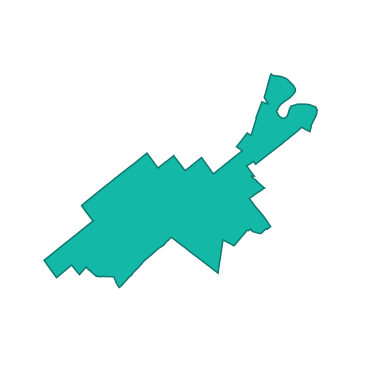 Marsani, Dolj, Romania (Natural Earth projection), rotated 124°
{"feature_id": "2599482B14881654766127", "entity_name": "Marsani", "entity_type": "district", "adm_level": 2, "iso_a3": "ROU", "parent_name": "Romania", "parent_adm1": "Dolj", "projection": "natural_earth1", "projection_center": [23.99, 44.03], "detail": "fine", "context": "isolated", "style": "filled", "palette": "teal", "viewbox_px": 384, "rotation_deg": 124, "n_neighbors": 0, "source": "geoboundaries", "source_scale": "gbopen_adm2", "svg_char_len": 5961}
<svg xmlns="http://www.w3.org/2000/svg" viewBox="0 0 384 384"><g transform="rotate(124 192 192)"><path d="M331.3,276.5L331.4,276.2L334.8,267.3L335.5,265.4L337.9,258.9L338.8,256.4L334.4,255.1L319.9,251.0L319.9,250.8L320.8,248.0L321.4,246.2L321.8,244.7L322.5,242.6L323.4,239.1L313.5,237.8L313.6,237.7L313.6,237.3L313.6,237.1L314.0,235.5L314.3,234.0L314.4,233.7L314.3,233.4L314.2,232.5L313.8,232.4L314.0,232.1L314.2,231.7L314.3,231.5L314.5,231.3L314.5,231.1L314.7,230.1L314.8,229.4L314.9,228.2L315.1,226.9L315.2,225.8L315.3,225.0L315.3,224.8L315.3,224.5L315.2,224.0L314.7,223.3L314.6,223.0L314.7,222.8L314.6,222.5L314.5,222.2L314.3,221.9L311.3,217.8L309.9,215.5L309.6,215.0L309.2,214.5L308.3,213.1L307.6,212.0L307.1,211.3L306.8,210.5L306.3,209.6L306.2,209.2L306.2,208.8L306.3,208.7L307.2,207.5L308.3,205.9L309.6,204.0L310.0,203.4L310.9,201.5L311.4,200.3L311.9,199.1L311.9,198.9L311.2,198.7L310.7,198.5L309.3,198.2L309.0,198.2L308.4,198.0L308.2,198.0L307.9,197.9L306.8,197.8L306.4,197.7L304.4,197.5L301.5,197.0L299.0,196.7L298.3,196.6L297.7,196.6L297.3,196.5L296.3,196.1L295.5,195.8L295.0,195.7L294.5,195.6L293.9,195.6L293.2,195.7L292.1,195.7L290.5,195.4L286.5,194.6L283.9,194.0L283.2,194.0L282.4,194.0L280.5,193.6L279.5,193.5L278.5,193.5L275.9,193.1L275.1,193.0L274.7,192.9L274.2,192.7L273.7,192.7L273.2,192.4L270.0,191.5L268.9,191.2L268.1,190.9L267.4,190.7L267.0,190.5L266.6,190.4L266.2,190.4L265.6,190.3L265.1,190.2L264.3,190.0L263.5,189.7L262.3,189.5L261.6,189.3L261.2,189.2L260.7,189.0L260.3,188.9L259.6,188.8L258.8,188.5L257.6,188.2L257.1,188.1L256.7,187.9L256.2,187.6L255.7,187.4L255.3,187.2L255.0,187.0L254.6,186.9L254.1,186.8L252.4,186.0L251.7,185.7L251.1,185.6L250.8,185.5L249.5,185.6L248.9,185.5L248.5,185.5L248.2,185.5L247.8,185.4L247.1,185.2L246.3,185.0L245.6,184.7L244.7,184.5L244.1,184.4L243.4,184.4L242.5,184.2L241.6,183.9L241.1,183.8L241.1,183.6L241.0,183.2L241.1,182.8L241.1,182.2L241.2,181.7L241.3,181.1L241.4,178.0L241.4,177.4L241.6,176.4L241.7,174.8L241.7,173.7L241.8,171.7L242.0,168.9L242.0,168.1L242.0,167.6L242.0,167.4L242.0,167.2L242.1,166.0L242.2,165.3L242.3,164.8L242.3,164.3L242.3,163.1L242.9,155.8L242.8,155.4L242.9,154.9L243.0,154.0L243.0,153.3L243.0,152.6L243.0,151.9L243.0,151.5L243.1,150.9L243.1,150.3L243.2,148.9L243.3,147.5L243.3,146.6L243.3,146.3L243.3,146.1L243.4,145.5L243.5,145.3L243.5,145.1L243.5,144.6L243.6,143.2L243.7,140.4L243.7,139.7L243.8,139.1L243.9,137.9L244.0,136.8L244.0,135.9L244.7,125.0L243.7,125.5L239.8,127.5L231.9,131.2L228.7,132.7L224.2,134.9L222.2,135.8L221.0,136.3L220.1,136.8L218.9,137.3L217.2,138.2L216.5,138.6L216.0,138.8L215.2,139.2L214.2,139.6L214.2,138.3L214.2,137.8L214.0,136.2L213.9,135.2L213.8,134.7L213.9,134.3L213.8,134.0L213.5,131.7L213.4,130.9L213.3,128.0L213.2,127.3L213.1,127.2L212.8,127.0L212.2,126.9L209.0,126.6L204.4,126.1L199.4,125.6L198.5,125.4L197.3,125.3L196.2,125.2L195.3,125.0L193.8,124.9L193.4,124.9L193.1,124.8L192.9,124.6L192.7,124.2L192.5,123.7L192.2,123.3L191.6,123.1L190.9,123.0L189.9,122.8L190.1,122.3L190.5,121.2L190.8,120.6L190.9,120.2L190.9,119.7L190.8,119.3L190.0,117.1L189.4,115.1L188.5,112.5L188.4,112.3L188.2,112.0L186.3,111.2L185.8,111.1L184.8,110.9L181.5,110.2L181.3,110.2L181.1,110.1L181.0,109.9L181.0,109.7L181.1,109.4L181.2,109.0L180.7,108.8L178.2,108.0L176.7,107.5L176.4,108.4L175.8,110.0L174.2,113.8L173.2,116.1L172.6,117.8L172.2,119.1L171.8,120.2L171.2,122.1L170.5,124.5L169.8,127.3L169.3,129.1L168.5,131.8L165.3,140.8L164.2,140.5L162.8,139.9L162.0,139.6L161.3,139.2L160.9,139.1L160.2,139.0L158.9,138.5L157.1,137.8L154.0,136.5L151.9,135.5L149.8,134.8L149.3,134.7L148.8,134.5L148.3,134.2L148.2,134.1L148.1,135.4L148.0,136.1L147.8,137.3L147.6,139.5L147.4,140.4L147.3,140.8L147.3,141.1L147.3,141.5L147.3,141.9L147.2,142.5L147.1,143.1L146.9,143.3L146.8,143.7L146.5,145.8L146.3,148.1L146.1,149.5L146.0,150.2L145.8,150.9L145.8,151.1L145.7,151.6L144.0,149.3L143.8,150.2L141.4,157.0L139.9,161.1L138.8,160.8L135.5,159.3L132.2,158.2L132.7,157.1L133.0,156.5L133.2,156.0L133.3,155.6L133.4,154.8L131.3,154.1L128.9,153.4L126.4,152.5L122.7,151.3L120.4,150.6L112.9,148.1L108.3,146.6L105.1,145.5L102.1,144.5L98.5,143.6L95.4,142.6L92.2,141.6L84.6,139.2L81.4,138.3L77.1,137.3L77.0,136.6L76.9,135.4L76.7,132.7L76.1,128.0L72.0,129.4L69.8,130.5L66.8,130.9L61.9,131.5L58.5,132.0L54.0,134.1L52.4,136.9L53.8,143.3L55.4,146.5L60.1,153.6L62.5,155.4L65.4,157.9L69.1,157.5L73.2,156.1L75.1,155.6L77.8,155.9L79.9,157.3L80.5,161.3L80.0,163.1L78.0,166.8L72.9,167.6L69.6,167.4L64.5,165.7L59.9,163.7L56.4,163.0L53.2,162.5L50.8,162.7L48.8,163.8L47.9,165.5L46.9,167.8L45.6,174.3L45.2,177.2L45.9,180.3L46.4,182.6L48.1,186.2L49.7,188.8L50.2,191.3L49.8,192.3L51.4,192.3L56.2,190.7L62.5,188.5L69.4,186.2L73.1,185.1L74.3,182.7L75.3,180.6L76.2,178.5L76.9,178.5L77.1,179.7L77.6,182.3L78.2,184.5L83.5,183.2L88.9,181.9L91.5,181.3L94.6,180.5L94.6,179.9L98.5,178.8L112.0,174.7L112.2,177.0L112.3,178.0L112.2,179.3L120.1,179.7L124.9,180.0L128.5,180.3L129.6,180.4L129.6,179.6L129.6,178.7L129.6,177.2L129.7,174.5L129.7,173.4L132.4,174.2L137.5,175.9L140.3,176.8L147.0,178.8L150.8,180.0L156.6,181.8L159.7,182.8L163.7,184.0L165.1,184.5L164.4,186.4L162.9,190.2L161.6,193.8L160.6,196.6L159.3,200.0L158.4,202.4L158.1,203.4L160.5,204.1L169.7,206.9L172.9,207.9L176.3,209.0L178.1,209.6L177.5,211.5L176.9,213.5L176.2,215.5L175.1,218.7L174.5,220.6L173.5,223.3L172.8,225.7L172.2,227.4L172.1,227.5L173.5,227.9L175.3,228.4L176.0,228.7L177.2,229.1L181.0,230.3L182.1,230.8L184.9,231.6L187.7,232.5L191.2,233.6L184.9,251.1L185.5,251.3L193.1,253.6L199.2,255.4L202.7,256.5L206.1,257.8L212.3,259.7L218.2,261.7L230.6,265.5L235.3,267.0L238.7,268.1L250.8,271.8L258.9,274.3L263.3,275.5L264.2,275.8L264.9,275.9L265.1,275.9L267.8,268.6L268.5,266.4L269.2,264.4L270.2,261.6L270.9,259.3L271.1,257.8L271.9,258.0L273.0,258.4L274.8,258.9L277.7,259.9L281.9,261.1L285.0,262.1L290.7,263.8L298.6,266.3L302.7,267.6L310.4,270.0L319.2,272.7L324.4,274.3L328.6,275.6L330.1,276.1L331.3,276.5Z" fill="#14b8a6" stroke="#0f766e" stroke-width="1.5"/></g></svg>